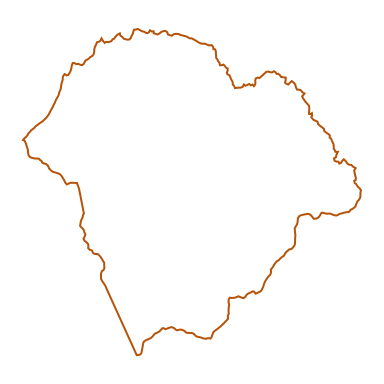 Itaberaba, Bahia, Brazil (Natural Earth projection)
{"feature_id": "56859067B40905854512446", "entity_name": "Itaberaba", "entity_type": "district", "adm_level": 2, "iso_a3": "BRA", "parent_name": "Brazil", "parent_adm1": "Bahia", "projection": "natural_earth1", "projection_center": [-40.241, -12.524], "detail": "fine", "context": "isolated", "style": "outline", "palette": "amber", "viewbox_px": 384, "rotation_deg": 0, "n_neighbors": 0, "source": "geoboundaries", "source_scale": "gbopen_adm2", "svg_char_len": 5504}
<svg xmlns="http://www.w3.org/2000/svg" viewBox="0 0 384 384"><path d="M136.7,355.1L138.7,355.0L140.5,354.3L141.5,352.8L142.3,348.4L142.9,344.9L143.6,341.9L145.9,340.2L148.8,339.0L151.0,338.0L152.8,336.2L154.8,333.7L157.4,332.6L159.5,331.4L161.3,329.3L163.0,328.0L165.5,329.2L168.6,328.0L171.4,327.1L173.9,328.0L175.6,329.5L177.1,330.3L179.2,329.7L181.3,329.6L184.0,330.6L186.4,332.7L189.0,333.0L191.7,332.9L193.8,333.8L195.0,335.2L196.7,336.6L199.2,337.1L201.7,337.7L203.2,338.4L206.1,338.8L208.0,338.1L210.5,338.6L211.7,336.9L212.6,334.1L213.5,331.9L215.2,330.6L217.6,328.8L220.1,326.8L222.0,325.1L223.9,323.2L226.9,320.1L228.0,318.8L227.8,316.0L228.8,313.5L228.5,311.3L228.7,307.7L229.2,304.5L228.5,302.0L228.7,299.5L229.7,297.7L232.1,298.0L234.7,297.7L236.3,297.2L238.4,296.3L241.5,297.6L243.5,298.2L245.5,296.6L246.4,295.0L247.6,293.9L249.0,293.1L250.9,292.4L252.5,291.4L254.1,291.6L255.7,293.7L257.8,292.7L260.8,291.2L261.8,289.7L263.2,286.9L264.2,283.5L265.0,281.7L266.4,279.3L268.5,276.4L270.2,274.8L271.1,272.4L270.8,269.6L272.7,267.3L274.2,264.6L275.6,262.8L276.8,261.2L278.5,260.4L280.4,258.4L282.3,256.8L284.1,255.6L285.0,253.6L286.2,252.0L287.6,250.9L289.0,249.5L291.5,248.9L293.3,247.1L294.6,245.2L295.0,243.0L295.1,240.3L295.1,238.4L295.4,235.3L295.0,232.1L294.7,228.5L295.8,226.3L297.0,224.4L297.6,222.0L297.9,218.0L299.4,216.1L301.1,215.2L303.2,214.7L305.4,214.3L307.2,213.9L308.9,214.1L310.4,214.7L311.9,216.3L313.6,218.7L316.2,218.6L318.6,217.3L320.1,215.3L320.9,213.5L322.1,212.6L324.2,213.1L325.8,213.6L327.5,213.7L329.9,213.5L331.9,214.3L334.4,215.3L336.7,215.5L338.3,214.7L339.9,213.8L341.7,213.4L343.8,212.7L346.1,212.3L349.0,211.9L350.6,209.8L352.8,208.7L355.4,206.5L356.6,203.1L357.4,201.4L359.1,199.6L360.4,197.1L360.4,192.6L361.0,190.3L359.7,188.4L357.5,186.3L356.1,184.1L354.7,182.9L354.2,180.8L355.7,179.9L355.9,178.0L355.3,175.7L354.7,173.3L354.2,170.6L355.6,168.1L353.0,166.6L351.4,165.0L349.6,164.8L347.7,163.9L345.7,161.1L343.8,159.3L342.1,161.0L340.8,163.1L339.3,163.6L338.5,161.7L336.5,161.6L334.6,160.8L334.0,158.4L335.9,157.3L336.4,154.9L337.8,151.8L335.3,151.8L334.7,150.0L333.7,148.7L333.8,146.5L333.5,144.1L332.3,141.7L331.2,138.9L329.7,137.7L329.8,135.3L328.5,134.1L326.5,132.9L324.3,131.0L323.9,128.7L321.8,127.2L319.9,125.7L318.2,124.2L317.5,121.7L315.7,120.8L313.5,119.9L311.3,117.3L312.2,115.2L311.9,113.2L310.4,114.2L308.9,113.9L309.2,110.4L309.3,107.7L309.0,105.7L307.4,103.9L305.4,101.7L304.2,99.8L303.1,98.4L302.1,96.3L303.4,95.0L304.5,93.4L302.5,92.3L300.8,90.3L298.9,89.6L297.0,89.6L295.9,87.2L295.2,84.4L293.7,82.6L291.8,81.1L289.9,82.8L288.3,84.5L286.5,83.9L285.0,82.6L285.7,80.0L285.7,77.6L283.3,77.3L281.0,76.9L279.7,74.9L278.3,73.8L276.7,73.9L275.5,72.2L273.9,71.2L272.2,72.4L270.5,72.3L268.3,71.6L266.3,71.8L265.1,73.0L263.8,74.1L262.4,75.5L261.1,76.5L259.4,78.1L257.7,77.6L255.9,78.4L255.2,80.3L255.4,82.3L255.2,84.6L253.9,86.2L252.6,84.6L250.9,85.3L249.2,84.0L246.8,85.2L245.3,85.7L243.9,84.5L242.6,86.9L240.4,87.7L238.3,87.6L236.7,87.9L235.0,88.1L234.1,85.9L232.7,84.4L232.7,82.2L231.6,80.0L230.7,78.4L230.0,76.2L228.9,74.9L227.4,74.3L226.8,72.4L227.6,70.9L227.8,68.6L226.4,68.0L225.1,66.4L223.5,64.6L221.7,65.2L220.0,65.2L219.4,62.6L218.1,61.2L217.4,59.4L216.2,58.0L216.1,55.9L215.9,53.9L215.9,51.3L215.0,49.3L213.4,49.1L213.1,46.8L211.6,45.1L209.0,45.4L207.3,44.8L205.5,43.8L203.4,43.7L201.4,43.7L199.3,42.7L197.7,41.9L196.4,40.9L194.6,40.0L191.7,38.3L189.6,38.3L186.8,36.6L184.5,36.0L182.4,35.4L180.5,35.0L179.0,34.2L176.5,33.8L173.9,34.1L171.9,35.7L169.9,35.2L168.0,34.5L167.2,32.2L165.4,30.9L163.2,31.2L161.3,31.9L160.0,33.1L157.5,34.5L155.5,33.8L153.7,33.2L153.6,31.3L151.7,31.5L150.0,30.3L148.8,32.4L147.4,33.1L145.6,32.7L144.1,31.7L142.5,31.4L141.0,30.7L139.6,29.9L137.7,28.9L135.8,29.6L134.0,29.7L133.4,31.4L132.7,34.0L131.5,36.0L130.7,38.1L129.4,39.5L126.9,39.6L123.7,38.7L122.0,36.7L120.3,35.6L119.9,33.4L118.1,34.2L116.4,35.7L115.3,37.0L114.2,38.6L112.6,39.3L111.3,41.2L108.3,42.2L106.4,41.8L104.7,42.9L103.1,41.0L101.5,38.4L100.7,40.2L99.4,41.6L97.0,42.2L96.1,44.6L94.9,46.9L94.2,49.8L94.3,51.8L93.8,53.8L92.5,55.8L90.2,57.1L89.0,58.4L87.4,59.5L85.4,60.6L84.6,62.3L83.6,64.0L82.2,65.1L80.4,64.8L78.4,63.9L76.1,64.1L74.5,63.1L72.7,63.0L71.7,65.9L71.3,68.4L70.7,70.7L69.5,73.1L68.3,75.0L66.7,75.4L64.6,74.1L63.3,75.8L62.7,77.8L62.7,80.0L61.9,82.2L61.3,84.9L60.9,88.0L60.3,90.1L59.5,91.8L58.8,94.3L58.2,96.1L56.7,98.5L55.5,100.9L54.7,103.1L53.4,105.3L52.8,107.0L51.9,108.5L50.3,111.4L48.8,114.3L47.3,116.5L45.6,118.4L43.8,120.2L42.3,121.5L40.5,122.7L38.8,123.9L37.1,125.2L35.5,126.4L34.3,127.9L32.8,129.1L31.3,130.1L30.1,131.6L28.6,133.1L27.3,135.5L25.6,137.3L24.1,138.6L23.0,140.0L24.7,140.8L25.9,143.6L26.8,146.6L27.4,148.4L28.0,150.3L27.9,152.4L28.7,155.4L30.1,157.2L31.8,157.8L34.5,158.5L38.7,158.6L40.2,160.1L41.5,160.9L42.4,162.8L44.0,163.5L46.1,164.0L48.2,166.0L49.0,168.4L50.6,170.1L52.7,171.8L56.7,172.9L58.7,173.6L60.3,174.5L61.5,175.9L62.9,178.1L64.3,180.5L65.4,182.8L66.8,184.4L70.5,182.8L73.5,182.8L77.0,183.0L79.0,188.6L83.9,213.5L83.0,215.1L82.6,217.3L81.7,219.2L80.9,221.0L80.6,222.7L80.1,226.0L82.3,228.2L83.9,230.3L84.5,232.6L85.4,234.5L84.7,236.5L83.5,238.7L84.5,240.8L86.3,242.1L88.0,243.9L88.4,245.9L88.2,248.1L89.5,249.6L91.8,250.4L93.3,253.2L94.9,254.0L97.7,254.0L99.0,255.2L100.7,257.0L102.1,259.4L103.3,261.3L104.2,262.8L104.2,265.2L104.4,268.2L103.7,269.8L101.7,271.5L100.9,274.4L101.0,277.0L101.1,279.0L102.3,281.2L105.4,285.8L106.6,288.8L136.7,355.1Z" fill="none" stroke="#b45309" stroke-width="2"/></svg>